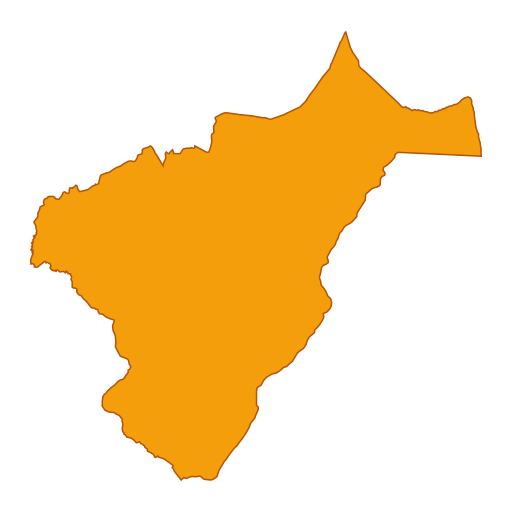 the district of Susa, Cundinamarca, Colombia
{"feature_id": "7082276B26676280145187", "entity_name": "Susa", "entity_type": "district", "adm_level": 2, "iso_a3": "COL", "parent_name": "Colombia", "parent_adm1": "Cundinamarca", "projection": "albers", "projection_center": [-73.846, 5.439], "detail": "fine", "context": "isolated", "style": "filled", "palette": "amber", "viewbox_px": 512, "rotation_deg": 0, "n_neighbors": 0, "source": "geoboundaries", "source_scale": "gbopen_adm2", "svg_char_len": 5958}
<svg xmlns="http://www.w3.org/2000/svg" viewBox="0 0 512 512"><path d="M345.7,32.0L345.2,32.3L341.6,40.4L339.9,42.8L339.3,44.9L331.5,63.6L331.1,63.8L329.7,68.6L322.8,76.7L314.4,89.0L309.9,94.6L305.9,101.0L300.0,107.0L285.3,113.9L284.7,114.4L270.5,119.4L264.8,117.6L263.1,117.8L251.6,115.8L239.7,114.6L226.1,112.7L223.8,113.1L220.7,114.4L215.3,117.4L215.1,118.0L216.3,121.1L216.1,122.0L214.0,125.4L213.6,126.6L213.9,132.6L211.8,134.2L211.4,136.0L211.8,141.9L210.6,147.1L208.9,152.0L206.9,152.3L205.8,151.8L194.8,145.9L194.7,147.6L194.0,148.4L191.0,147.7L190.1,148.1L186.0,148.3L183.4,149.0L182.7,149.6L180.2,153.6L173.6,153.6L173.5,152.1L172.5,149.7L170.1,152.1L168.9,153.8L167.6,153.2L166.3,152.0L165.6,152.9L165.3,154.0L165.6,155.1L165.7,158.3L163.5,163.4L163.1,165.9L156.4,154.6L155.2,153.3L154.6,151.4L152.8,148.3L151.6,146.8L150.5,145.9L147.9,147.3L143.7,148.6L142.4,149.6L142.3,152.0L141.7,154.0L138.5,154.8L137.7,155.6L136.9,158.5L135.3,161.0L133.8,161.6L130.7,160.9L128.4,161.3L123.9,163.6L120.9,165.8L116.2,167.7L112.6,169.9L109.6,172.2L105.5,173.2L101.2,175.0L100.6,175.7L100.0,177.3L98.6,183.4L97.0,184.5L96.0,184.6L95.5,184.2L94.9,185.2L92.9,185.8L87.7,189.7L79.7,191.7L78.1,189.6L76.9,185.9L75.9,185.2L74.1,187.0L73.0,187.5L72.4,188.2L70.4,187.8L69.8,188.0L69.3,189.4L69.2,192.5L68.5,193.3L66.8,193.3L64.9,191.9L64.0,192.0L63.2,192.5L61.7,196.0L58.8,199.3L56.0,198.9L55.4,198.5L54.6,197.1L53.3,196.5L49.8,196.4L48.1,196.7L47.4,198.0L45.2,198.7L44.2,199.8L43.5,201.8L44.2,204.9L40.2,206.9L39.5,209.9L37.8,213.3L37.9,215.6L37.6,217.1L34.1,221.6L34.0,222.5L35.3,224.6L35.9,226.2L36.0,228.4L36.9,231.0L36.1,232.9L36.8,233.6L35.9,235.1L35.0,235.5L34.3,235.4L34.1,236.0L33.5,236.2L33.8,236.8L34.8,236.8L35.0,237.2L33.1,239.5L33.0,240.3L33.3,241.2L32.5,241.6L31.7,243.1L32.8,243.3L32.1,243.8L32.4,246.0L31.6,246.4L31.8,246.7L32.4,246.6L32.4,247.1L30.9,249.8L31.5,250.4L32.4,249.8L32.7,249.9L32.9,251.4L32.4,250.8L32.1,251.5L32.7,252.2L32.2,252.8L32.3,253.3L33.0,254.4L32.3,255.1L30.7,259.9L30.9,264.0L32.4,263.7L33.7,264.3L34.6,265.8L34.3,266.8L36.2,267.3L37.7,266.9L44.8,261.3L45.9,262.0L45.9,262.8L46.7,262.8L47.4,262.4L50.4,264.1L51.0,266.0L50.5,266.7L50.6,267.1L50.1,267.4L50.4,267.8L50.2,268.2L51.4,269.7L52.8,270.5L53.3,270.1L53.7,270.7L56.1,271.2L55.9,270.2L57.5,270.0L59.7,271.9L63.7,271.5L65.3,272.8L65.9,272.5L66.1,271.3L66.5,271.1L67.6,272.5L68.0,273.6L70.4,273.8L70.2,274.4L71.7,276.8L71.0,279.3L72.2,281.7L72.2,287.2L73.6,288.1L75.1,288.0L76.3,288.5L76.8,289.3L76.8,291.9L78.4,294.5L81.4,295.9L83.3,298.6L86.6,301.6L91.1,307.4L92.1,307.9L94.1,308.1L96.2,309.4L97.9,309.5L98.4,312.3L99.6,313.9L101.8,314.0L102.7,314.3L106.2,317.1L110.7,319.0L113.7,319.8L114.2,320.3L113.9,322.1L112.6,325.5L112.6,326.7L113.1,330.5L115.2,335.4L115.9,341.7L115.4,346.9L120.2,356.0L120.9,356.5L126.5,358.5L128.1,359.7L128.7,361.2L129.2,364.0L130.9,366.8L129.6,369.3L128.1,370.1L128.2,372.4L125.5,375.9L124.3,377.9L122.8,379.4L120.1,380.0L117.9,381.6L114.7,385.0L110.5,388.1L106.9,391.7L106.3,392.9L104.4,394.3L103.6,395.3L102.9,396.7L102.2,401.3L102.4,404.0L102.1,405.5L102.7,406.8L105.0,410.2L109.1,412.1L114.0,412.5L115.9,413.9L119.4,415.5L121.3,418.2L122.1,418.7L122.4,419.3L122.0,420.9L122.7,423.1L122.9,424.7L122.2,428.5L122.8,431.8L123.8,432.5L124.0,434.2L125.4,434.9L126.7,437.0L131.3,438.2L134.3,440.4L136.1,442.6L136.8,442.8L139.4,441.7L140.8,443.6L142.3,444.0L143.4,445.2L144.2,445.5L145.0,447.4L147.3,449.1L147.6,449.7L147.3,450.5L147.5,451.2L149.6,452.1L153.4,454.3L154.8,457.2L155.6,457.3L157.4,456.2L158.0,456.2L158.1,456.9L164.2,458.9L173.1,465.5L173.2,466.2L172.2,467.4L173.5,469.0L174.3,471.2L181.2,480.0L183.6,477.9L184.6,477.8L185.5,478.3L186.8,478.4L189.5,477.0L192.0,476.5L196.7,476.7L198.8,476.1L200.5,476.3L203.3,478.8L204.8,479.4L210.7,480.0L213.0,479.4L216.9,476.7L219.0,470.4L224.4,461.2L226.4,459.2L228.1,456.3L234.1,448.4L237.1,445.7L238.1,444.0L242.2,438.6L246.0,433.1L249.2,427.3L250.5,423.5L254.7,418.2L255.7,415.3L258.3,409.3L258.1,407.0L256.5,405.1L256.5,390.9L257.3,387.4L261.0,385.3L263.8,380.2L266.6,377.2L272.2,373.9L276.3,373.0L279.8,370.8L283.8,367.3L286.6,366.6L288.9,364.2L292.5,361.2L297.3,353.2L299.3,351.3L303.0,348.8L304.3,347.4L306.0,344.6L307.4,340.2L309.2,337.1L314.1,332.9L314.6,332.1L314.7,330.1L315.2,329.3L317.4,327.5L320.0,324.1L322.6,319.9L323.6,317.7L323.8,316.3L323.2,314.0L323.4,313.5L327.1,311.9L329.9,308.7L331.2,306.0L331.6,302.3L330.6,298.6L327.9,296.1L325.7,291.1L323.4,287.6L321.5,285.6L321.0,284.0L320.5,280.8L319.7,278.8L319.5,276.9L320.7,272.6L321.5,267.9L322.5,266.2L323.4,265.3L326.2,264.1L328.2,262.6L328.2,260.5L327.1,257.5L327.5,256.3L331.3,249.3L333.5,247.1L335.3,244.4L336.3,241.2L338.1,238.4L338.9,235.1L340.2,232.4L341.7,231.3L344.2,227.1L346.7,225.0L350.0,223.4L352.8,221.1L356.7,216.6L356.9,214.0L357.6,212.2L365.3,200.1L365.6,194.7L366.0,193.9L371.8,188.8L374.0,187.8L377.2,187.0L379.5,185.7L380.2,184.6L380.4,179.3L381.2,177.7L381.8,176.6L383.8,175.7L384.7,175.1L385.0,174.5L384.7,172.5L383.0,170.0L383.5,167.7L384.4,166.7L387.0,165.2L390.7,162.0L394.8,157.2L395.0,154.7L397.8,152.3L481.3,156.2L481.0,152.4L481.2,149.7L480.8,148.9L481.0,148.2L480.4,145.4L480.0,141.8L479.5,140.9L478.5,136.5L478.6,134.1L477.2,131.5L475.8,126.5L474.3,115.3L474.2,112.1L473.5,110.4L473.2,108.0L471.6,103.7L471.8,101.1L470.6,98.3L470.0,97.7L467.7,96.9L466.3,97.5L464.8,97.8L461.8,99.7L459.6,102.2L457.2,103.9L455.8,104.5L454.6,104.5L451.4,105.9L448.9,106.3L447.5,107.4L446.9,107.1L445.3,108.3L444.4,108.4L444.3,108.9L443.9,109.1L443.0,108.7L440.6,110.2L438.9,110.2L437.4,111.7L435.6,111.4L432.6,112.9L430.7,112.8L429.6,113.1L428.2,112.2L423.5,111.2L422.8,110.5L421.7,110.8L419.5,110.4L418.4,109.8L417.1,110.4L414.6,109.5L414.1,110.0L412.8,110.1L412.3,110.6L411.8,110.5L409.5,108.8L408.8,108.7L408.6,108.2L407.1,107.9L405.8,106.7L404.7,107.3L402.2,107.2L397.8,102.6L365.8,72.3L360.5,67.9L358.9,65.7L358.4,60.7L353.0,52.8L350.4,47.7L345.7,32.0Z" fill="#f59e0b" stroke="#b45309" stroke-width="1.5"/></svg>